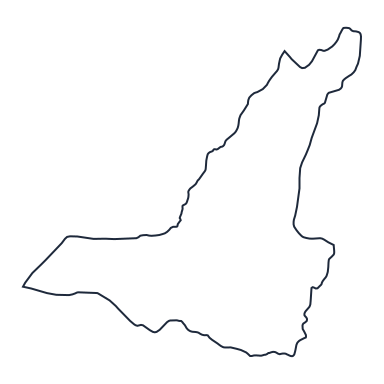 the district of Génova, Quezaltenango, Guatemala
{"feature_id": "79465075B90055848837962", "entity_name": "Génova", "entity_type": "district", "adm_level": 2, "iso_a3": "GTM", "parent_name": "Guatemala", "parent_adm1": "Quezaltenango", "projection": "orthographic", "projection_center": [-91.832, 14.588], "detail": "fine", "context": "isolated", "style": "outline", "palette": "slate", "viewbox_px": 384, "rotation_deg": 0, "n_neighbors": 0, "source": "geoboundaries", "source_scale": "gbopen_adm2", "svg_char_len": 5114}
<svg xmlns="http://www.w3.org/2000/svg" viewBox="0 0 384 384"><path d="M23.0,286.7L31.2,288.5L47.0,293.1L56.3,294.8L69.0,295.1L72.4,294.4L75.2,293.4L76.8,292.6L78.1,292.3L96.0,293.0L97.4,293.1L98.2,293.5L109.6,300.4L115.8,306.0L118.2,308.7L130.1,320.9L134.1,324.3L135.5,325.2L137.4,325.8L139.4,325.3L141.0,324.9L143.0,325.3L149.9,330.2L152.9,331.9L154.8,332.3L156.6,331.9L159.7,329.8L167.1,322.1L168.9,320.9L170.2,320.5L176.8,320.3L179.1,320.9L181.2,321.0L182.3,322.0L183.1,323.1L184.9,325.2L185.9,326.9L186.3,327.7L187.0,328.6L188.1,329.8L189.6,330.8L190.4,331.2L192.1,331.7L193.0,331.8L194.4,331.9L195.6,332.0L196.8,332.2L197.7,332.4L198.7,332.8L200.2,333.8L201.0,334.2L202.0,334.7L203.2,335.0L204.1,335.2L205.2,335.2L206.5,335.1L207.8,335.4L208.8,336.8L209.5,337.7L210.3,338.4L211.2,339.1L211.9,339.7L217.7,343.6L218.7,344.4L220.2,345.5L220.9,346.0L221.7,346.4L222.5,346.9L224.0,347.4L226.2,347.5L230.7,347.4L233.2,348.0L236.6,348.8L240.9,350.0L246.1,352.4L247.6,353.6L250.1,356.0L251.8,356.0L253.7,355.5L254.7,355.4L255.6,355.4L256.7,355.4L257.7,355.5L258.7,355.5L259.8,355.7L261.2,355.7L262.7,355.3L264.3,354.8L265.6,354.7L267.1,354.0L268.4,353.0L269.3,353.0L270.6,352.5L271.5,352.2L272.8,351.9L273.8,351.9L274.7,352.0L275.5,352.2L276.8,352.9L278.1,353.7L279.7,354.2L281.2,353.8L283.0,353.5L284.2,353.5L285.1,353.6L285.9,353.8L287.0,354.4L288.2,354.9L289.4,355.5L290.6,356.0L292.1,356.2L293.0,355.9L293.8,355.1L294.3,354.4L294.6,353.3L295.1,351.5L295.5,349.7L295.9,347.6L296.2,346.0L296.4,345.0L297.0,343.5L297.4,342.7L298.0,342.0L299.0,341.0L300.3,340.1L302.5,339.0L304.1,338.2L305.8,337.5L306.0,336.6L305.9,335.0L305.3,333.8L304.1,331.4L303.4,330.2L302.7,329.0L302.5,325.6L302.8,324.4L303.4,323.5L304.2,323.0L305.1,322.4L305.8,321.8L306.7,321.0L307.0,319.8L307.0,318.9L306.5,317.8L306.0,317.1L305.3,316.4L304.5,315.4L304.4,314.4L304.5,313.4L305.0,312.2L305.7,311.1L307.2,309.4L307.9,308.6L308.6,307.8L309.5,306.7L310.0,305.4L310.3,304.5L310.4,303.7L310.6,301.4L310.8,298.8L311.3,290.9L311.5,288.0L312.6,287.2L313.5,287.4L314.6,287.9L315.8,288.5L317.5,288.3L318.7,287.1L320.0,285.8L320.9,285.0L321.6,284.0L321.9,282.7L322.6,281.3L323.6,279.9L324.8,278.4L325.6,277.5L326.1,276.7L326.6,275.8L326.9,274.8L327.5,272.9L327.8,271.7L327.9,270.6L328.1,268.9L328.3,267.0L328.5,262.6L328.6,261.7L328.7,260.8L328.8,260.0L329.2,259.0L330.7,257.6L331.9,256.5L333.0,255.3L333.6,254.7L334.0,253.9L334.2,252.9L334.2,251.4L334.1,249.8L333.8,246.6L333.7,245.0L328.3,242.3L324.1,239.6L322.1,238.6L320.1,238.2L312.6,238.7L309.6,238.6L306.4,238.0L303.8,237.3L302.5,236.7L301.2,235.6L298.8,233.1L296.5,230.2L294.2,226.7L293.6,224.4L293.6,221.9L293.9,219.7L295.2,215.5L297.0,206.8L299.5,188.4L299.5,178.0L300.2,168.1L302.1,162.4L304.7,157.0L305.9,154.5L307.8,149.9L309.7,145.1L311.7,137.9L317.1,123.2L318.8,115.3L319.4,107.8L319.9,106.6L321.1,105.4L322.6,104.3L324.1,103.6L324.9,102.8L327.3,94.6L328.0,93.6L328.8,92.8L339.0,89.8L340.8,88.5L341.7,87.3L342.1,86.0L342.2,84.5L342.4,82.3L342.9,80.8L344.2,79.4L345.8,78.1L349.1,75.9L351.4,74.5L353.7,72.3L355.3,70.1L356.5,66.9L358.0,63.6L359.8,55.9L360.9,39.8L361.0,36.5L360.6,34.2L359.9,33.0L358.7,32.1L356.0,31.4L353.3,31.2L351.9,30.6L350.8,29.6L350.2,28.8L349.0,28.1L346.6,27.8L345.1,27.8L343.4,28.0L342.5,29.2L341.6,30.8L340.7,32.6L339.6,34.5L339.0,36.6L337.8,39.6L336.4,41.8L334.5,44.2L332.2,46.5L330.0,48.0L327.7,49.6L325.6,50.4L324.7,50.8L323.3,50.8L321.2,50.0L319.2,49.8L317.9,50.3L312.0,61.2L309.1,64.8L304.9,67.8L302.1,68.1L300.0,67.0L291.6,59.1L290.0,57.1L284.6,51.1L282.2,54.7L280.2,58.4L279.7,60.5L279.0,63.8L278.5,67.7L278.1,69.2L277.0,71.0L275.5,72.7L271.9,76.9L270.3,79.1L269.0,81.0L267.8,83.1L266.9,84.9L262.8,89.1L257.3,92.1L255.9,92.5L254.2,93.1L251.4,95.3L249.3,97.6L248.8,98.8L248.3,100.2L248.0,102.4L247.9,104.0L243.9,110.4L240.5,115.2L239.3,118.5L239.0,120.2L238.6,123.9L238.3,125.7L237.7,127.9L237.0,129.4L236.2,130.9L235.4,132.1L234.3,133.3L229.2,137.6L227.0,139.4L226.1,140.3L225.4,141.3L225.0,142.6L224.5,144.1L224.1,145.0L223.1,146.1L222.0,146.7L220.6,146.9L217.7,149.1L216.5,149.5L215.5,149.3L214.2,149.2L213.3,150.0L212.9,150.8L212.2,151.3L211.1,151.7L209.8,152.2L208.6,153.1L207.8,154.1L207.4,155.3L207.0,157.0L206.3,160.6L206.0,165.2L205.7,168.9L205.5,169.9L204.9,171.1L202.8,173.9L200.7,176.9L198.9,179.4L197.7,180.5L196.5,182.8L195.6,184.2L194.9,184.8L194.1,185.5L193.4,186.1L191.6,187.5L190.6,188.2L190.0,188.8L189.2,189.9L188.4,191.3L188.3,192.2L188.5,193.6L188.6,194.6L188.4,196.9L188.2,198.0L187.9,199.0L187.3,200.7L187.1,201.5L186.4,203.1L185.6,204.0L184.3,204.7L183.1,205.3L182.5,206.0L182.5,207.4L182.6,208.7L182.4,209.7L182.0,211.0L181.7,212.0L181.4,213.7L180.2,216.5L179.7,218.0L180.4,219.2L180.7,220.3L179.6,221.6L177.8,224.1L177.4,226.1L176.8,226.7L175.2,226.8L173.1,226.8L170.8,227.9L169.3,229.8L167.2,231.8L164.9,233.3L162.8,234.0L159.3,235.0L155.5,235.5L151.6,235.8L149.1,235.6L146.6,235.0L143.1,235.2L140.3,235.7L138.5,237.2L136.4,238.2L114.3,239.1L105.2,238.7L93.6,238.9L77.4,236.5L70.1,236.3L67.1,236.9L65.0,238.8L61.7,243.2L45.5,260.2L41.4,264.3L32.4,273.0L25.2,282.7L23.0,286.7Z" fill="none" stroke="#1e293b" stroke-width="2"/></svg>